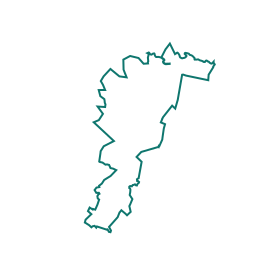 outline of Bacanora, Sonora, Mexico, rotated 34°
{"feature_id": "50627088B51830177095427", "entity_name": "Bacanora", "entity_type": "district", "adm_level": 2, "iso_a3": "MEX", "parent_name": "Mexico", "parent_adm1": "Sonora", "projection": "albers", "projection_center": [-109.363, 28.864], "detail": "fine", "context": "isolated", "style": "outline", "palette": "teal", "viewbox_px": 256, "rotation_deg": 34, "n_neighbors": 0, "source": "geoboundaries", "source_scale": "gbopen_adm2", "svg_char_len": 4644}
<svg xmlns="http://www.w3.org/2000/svg" viewBox="0 0 256 256"><g transform="rotate(34 128 128)"><path d="M162.9,26.3L162.6,26.2L162.4,26.0L161.9,25.2L161.7,26.8L161.6,27.3L161.6,27.5L161.4,27.7L161.3,27.8L161.1,28.0L160.9,28.0L160.6,28.1L160.4,28.2L159.9,28.2L159.0,28.2L158.6,28.1L158.1,27.9L157.8,27.9L157.6,27.9L157.3,28.1L157.0,28.2L156.6,28.2L156.2,28.1L155.9,28.1L155.5,28.1L155.3,28.2L155.1,28.4L154.9,28.8L154.8,29.3L154.9,29.9L154.8,30.3L154.7,30.4L154.3,30.5L154.1,30.7L154.0,30.8L153.8,30.9L153.7,30.9L153.5,31.0L153.2,30.9L152.8,30.8L152.6,30.8L152.0,31.0L151.2,31.2L150.4,31.5L149.8,31.7L149.1,31.8L148.2,31.8L147.8,31.9L147.5,32.1L147.2,32.4L146.9,32.7L146.5,33.0L146.1,33.3L145.9,33.4L145.4,33.5L145.2,33.9L145.0,34.0L144.8,33.9L144.6,33.6L144.4,33.4L144.2,33.1L144.0,32.8L143.7,32.7L143.0,32.6L142.6,32.5L142.3,32.4L141.8,32.3L141.6,32.3L140.4,32.2L139.5,32.4L138.7,32.7L138.2,32.8L137.6,32.6L136.9,32.4L136.2,32.6L135.6,32.8L135.2,32.9L134.9,33.1L134.5,33.2L134.1,33.4L133.6,33.6L133.4,33.8L133.3,34.0L133.3,34.3L133.4,34.6L133.6,34.9L134.4,35.0L134.9,35.2L135.3,35.3L135.8,35.3L136.2,35.6L136.3,36.0L136.2,36.5L136.1,36.8L136.1,37.2L135.8,37.8L135.6,38.2L135.4,38.4L135.1,38.7L134.9,38.9L134.4,39.4L133.9,40.0L133.4,40.1L132.7,40.2L132.1,40.3L131.5,40.1L131.2,40.0L130.9,39.8L130.7,39.5L130.5,39.3L130.2,39.1L129.8,38.8L129.3,38.6L128.7,38.3L128.2,38.1L127.2,37.9L126.8,37.9L126.6,38.1L126.5,38.4L126.3,38.8L126.2,39.3L126.1,39.5L125.9,39.9L125.7,40.0L125.6,40.4L124.9,40.0L115.5,34.6L115.2,40.6L115.1,41.8L116.2,50.8L117.2,50.8L118.5,50.8L119.4,50.9L119.8,51.0L120.0,51.2L120.2,51.4L120.2,51.6L120.2,51.8L120.2,52.0L120.2,52.3L120.1,52.6L120.1,52.8L120.1,53.1L120.2,53.3L120.4,53.5L120.7,53.7L121.4,53.9L122.3,54.0L123.0,53.8L123.6,53.5L124.3,52.9L125.0,52.4L125.9,51.8L126.5,51.3L126.7,51.6L126.1,52.0L125.3,52.7L124.2,53.5L123.8,53.9L123.1,54.2L122.4,54.3L121.3,54.3L120.8,54.1L120.4,53.9L120.2,53.7L119.9,53.3L119.9,53.0L119.8,52.1L119.7,51.5L119.5,51.4L119.3,51.3L119.0,51.2L118.8,51.2L118.2,51.2L117.1,51.1L116.1,51.1L114.8,51.5L113.8,51.9L113.2,52.2L112.7,52.6L112.4,52.9L112.1,53.1L111.8,53.3L111.5,53.4L111.3,53.4L110.8,53.3L110.3,53.1L109.6,52.7L109.3,52.4L109.0,52.2L108.6,51.8L108.4,51.6L108.1,51.5L107.9,51.6L107.7,51.8L107.3,52.2L107.1,52.4L107.0,52.6L106.9,52.8L106.8,53.1L106.7,53.5L106.6,53.8L106.4,54.1L106.2,54.2L105.9,54.3L105.4,54.4L104.9,54.4L104.5,54.2L104.0,54.0L103.8,53.9L103.5,53.8L103.0,53.8L102.2,55.1L103.4,55.0L104.1,55.6L105.1,58.5L107.5,61.4L107.7,62.5L108.5,63.3L105.0,66.0L97.6,64.1L89.5,67.1L85.9,73.9L91.7,82.1L95.4,84.7L95.5,84.7L98.5,86.8L92.0,90.0L80.4,88.9L78.9,98.8L79.1,102.6L79.2,104.3L83.1,106.2L87.8,109.3L82.5,112.9L87.3,117.1L92.2,117.3L93.1,118.2L94.7,120.1L96.1,121.0L97.3,123.4L90.8,127.2L99.3,130.3L99.4,137.8L96.4,142.4L123.6,146.7L118.1,156.7L118.3,162.5L119.3,164.4L122.9,171.9L123.2,172.0L123.7,171.9L126.2,170.9L129.8,171.0L131.0,169.9L133.0,169.2L135.9,171.0L138.4,170.0L141.8,169.5L140.4,177.5L137.3,184.4L137.4,188.7L136.3,192.1L137.3,193.0L135.2,195.0L135.0,198.1L138.0,199.5L140.1,198.0L141.1,198.5L140.6,199.5L140.7,201.6L142.2,203.2L143.4,203.5L144.1,203.5L145.4,208.2L145.5,208.5L146.5,214.0L144.2,214.7L144.3,215.3L140.7,215.4L141.3,219.3L145.8,219.9L145.3,222.1L144.1,227.7L145.1,230.5L146.3,230.4L146.8,230.4L150.1,230.3L153.2,230.8L153.6,229.3L155.0,227.8L157.4,228.4L157.3,227.0L165.4,224.7L167.2,224.2L167.4,223.6L168.0,223.6L170.2,224.8L171.7,224.2L171.3,222.6L167.6,220.6L168.2,216.2L169.3,207.7L168.2,202.7L168.3,202.5L168.5,199.9L174.0,200.5L176.0,200.9L177.1,196.0L172.8,192.0L172.6,190.8L172.6,190.5L171.4,184.5L166.9,182.6L166.6,182.0L166.1,180.8L165.7,179.9L165.3,179.2L164.9,178.5L164.5,177.8L163.6,177.1L162.5,177.0L162.3,176.3L161.9,175.9L162.2,175.0L162.8,174.6L163.3,174.4L163.8,174.2L163.8,172.7L164.3,172.3L165.3,170.8L166.6,171.1L167.5,170.7L167.4,170.2L167.3,169.6L167.2,169.1L167.2,168.9L167.2,168.7L167.3,168.4L167.5,167.9L167.6,167.6L167.6,167.4L167.6,167.2L167.4,166.6L165.9,166.4L165.2,166.8L164.1,165.5L164.5,164.4L164.9,163.7L158.2,148.4L151.3,147.2L152.4,140.4L163.8,126.7L164.0,126.7L163.5,125.5L164.1,125.4L162.9,118.5L161.6,115.9L159.8,112.2L158.5,109.5L157.9,108.2L156.6,104.1L156.3,104.1L155.2,104.4L152.1,105.0L151.3,101.1L151.2,101.1L151.0,99.4L152.1,84.8L156.3,85.5L153.8,77.8L153.7,77.4L153.4,76.6L153.3,76.4L143.1,53.6L143.8,52.9L146.8,52.1L167.8,43.5L167.6,43.2L165.0,38.6L165.0,37.3L164.7,30.0L164.4,29.7L164.3,28.4L164.3,28.2L164.3,27.9L164.2,27.6L164.2,27.4L164.4,27.2L164.4,26.8L164.3,26.7L164.0,26.6L163.8,26.6L163.6,26.6L163.3,26.5L163.1,26.3L162.9,26.3Z" fill="none" stroke="#0f766e" stroke-width="2"/></g></svg>